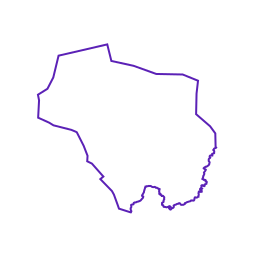 the district of Xairxan, Arhangay, Mongolia, rotated 161°
{"feature_id": "93677404B50954701545850", "entity_name": "Xairxan", "entity_type": "district", "adm_level": 2, "iso_a3": "MNG", "parent_name": "Mongolia", "parent_adm1": "Arhangay", "projection": "natural_earth1", "projection_center": [101.878, 48.564], "detail": "fine", "context": "isolated", "style": "outline", "palette": "violet", "viewbox_px": 256, "rotation_deg": 161, "n_neighbors": 0, "source": "geoboundaries", "source_scale": "gbopen_adm2", "svg_char_len": 5147}
<svg xmlns="http://www.w3.org/2000/svg" viewBox="0 0 256 256"><g transform="rotate(161 128 128)"><path d="M170.1,219.0L182.2,200.1L191.4,191.3L202.3,188.8L203.1,183.1L209.6,167.0L200.8,158.7L197.6,154.8L182.2,144.7L178.6,141.5L177.8,140.6L175.7,125.5L175.3,114.9L177.4,109.8L173.7,106.1L167.1,90.1L170.8,88.7L163.7,73.6L163.0,69.6L162.8,58.1L162.8,54.7L153.0,47.4L152.7,47.3L152.1,48.0L151.9,48.2L151.9,48.6L152.0,48.9L152.0,49.8L152.0,50.1L151.9,50.3L151.8,50.8L151.7,51.0L151.6,51.3L151.2,51.6L150.9,51.8L150.7,52.1L150.5,52.5L150.4,52.8L150.3,53.4L150.2,53.9L150.2,54.1L149.9,54.3L148.9,54.3L148.3,54.1L148.0,54.1L147.7,54.1L147.4,54.4L147.2,54.8L147.1,55.1L146.9,55.3L146.4,55.4L145.6,55.4L145.0,55.1L144.8,55.1L144.6,55.1L144.2,55.2L143.8,55.3L142.9,55.2L142.6,55.1L141.7,55.2L141.2,55.1L140.8,55.2L140.4,55.2L139.9,55.3L139.4,55.5L138.5,56.1L136.9,56.9L136.7,57.1L136.0,57.9L135.9,58.1L135.9,58.3L136.0,58.4L136.6,58.9L136.8,59.2L136.8,59.4L136.6,59.7L136.0,60.3L135.4,60.7L134.6,61.5L134.0,61.9L133.3,63.2L132.9,63.6L132.6,64.2L131.7,65.3L131.6,65.5L131.5,65.8L130.9,66.5L130.8,66.3L130.7,66.3L130.2,66.5L129.8,66.9L129.3,66.9L129.0,66.8L128.3,66.5L128.0,66.5L127.3,66.5L127.0,66.4L126.4,66.1L125.4,65.8L125.2,65.5L124.8,65.0L124.6,64.7L124.3,64.4L123.9,64.1L123.1,63.8L122.8,63.7L122.1,63.7L121.9,63.6L121.7,63.5L121.5,63.2L121.2,62.6L121.1,62.4L120.9,62.3L120.4,62.3L120.2,62.2L119.9,61.8L119.7,61.3L119.5,61.2L119.2,61.1L118.8,60.7L118.7,60.5L118.6,60.2L118.0,60.0L118.0,59.9L118.7,59.6L118.8,59.5L118.8,59.3L118.7,58.8L118.7,58.7L118.8,58.5L119.2,58.0L119.3,57.8L119.3,57.7L119.2,57.4L119.2,57.0L119.5,56.6L119.6,56.1L119.7,55.9L119.9,55.6L119.8,55.4L119.5,55.3L119.0,55.2L118.8,55.2L118.7,55.1L118.7,54.9L119.1,54.4L119.1,54.2L118.4,53.8L118.3,53.7L118.3,53.1L118.2,52.8L118.2,52.7L117.9,52.6L117.2,52.6L116.9,52.3L116.8,52.1L116.6,51.5L116.5,51.3L116.3,50.9L116.3,50.7L116.4,50.3L116.8,49.7L116.9,49.0L116.9,48.9L117.2,48.5L117.5,48.4L117.8,48.1L118.1,47.7L118.2,47.4L118.3,46.8L118.4,46.6L118.6,46.5L118.8,46.4L119.5,46.3L119.8,46.3L120.1,46.2L120.3,46.0L120.4,45.7L120.5,45.0L120.6,44.8L120.8,44.5L120.8,44.3L120.8,44.2L120.6,44.0L120.0,43.6L119.9,43.5L119.8,43.2L120.0,42.7L120.0,42.4L120.0,42.1L119.9,41.9L119.7,41.7L118.9,41.4L118.5,41.2L118.1,41.0L117.7,40.6L117.4,40.5L117.2,40.4L116.6,40.4L116.4,40.4L115.7,40.4L114.7,40.6L114.2,40.6L113.8,40.3L113.6,39.8L113.5,39.6L113.8,39.5L114.5,39.7L114.9,39.8L115.1,39.7L115.3,39.6L115.3,39.0L115.3,38.6L114.7,37.3L114.5,37.1L114.2,37.0L113.6,37.3L113.2,37.5L112.6,37.8L111.5,37.8L111.1,37.9L110.7,38.1L110.5,38.4L110.3,38.7L110.2,39.0L110.2,39.6L110.1,39.8L109.9,39.9L109.4,40.0L108.7,40.1L108.1,40.0L107.4,40.0L107.1,40.1L106.8,40.2L106.1,40.2L105.8,40.2L105.1,40.0L104.9,40.1L104.6,40.2L104.2,40.3L103.7,40.1L103.5,39.8L103.3,39.6L103.2,39.1L103.2,38.7L103.0,38.3L102.7,38.1L102.4,37.9L101.7,37.7L101.1,37.5L100.7,37.4L100.4,37.4L99.8,37.6L99.2,37.6L98.8,37.8L98.7,38.0L98.6,38.4L98.4,38.5L98.2,38.5L97.6,38.4L96.9,38.5L96.4,38.7L96.1,38.7L94.8,38.6L93.8,38.6L93.3,38.5L92.6,38.5L92.4,38.6L92.2,38.9L91.4,38.8L91.0,38.7L90.7,38.5L90.1,38.1L89.4,38.0L89.1,38.2L88.8,38.4L88.3,39.2L88.1,39.7L87.7,40.3L87.4,40.6L87.1,40.6L86.8,40.5L86.6,40.3L86.3,40.1L86.1,40.0L85.9,39.9L85.6,39.8L85.3,39.8L84.7,40.0L84.3,40.1L84.1,40.1L83.8,40.1L83.8,40.4L83.8,40.6L83.7,40.8L83.4,40.9L83.2,41.2L82.8,41.9L82.7,42.4L82.7,42.8L82.7,43.1L82.5,43.3L82.3,43.6L82.2,44.2L81.7,44.8L81.3,44.7L81.0,44.4L80.3,44.0L79.1,43.7L78.9,44.0L78.8,44.5L78.7,45.3L79.4,45.8L79.8,45.9L79.9,46.1L79.9,46.4L79.7,46.9L79.4,47.1L79.1,47.2L78.8,47.1L77.9,46.5L77.7,46.6L78.0,47.1L78.2,47.3L78.3,47.5L78.1,48.0L77.4,48.8L77.3,49.1L77.4,49.5L77.2,49.6L77.0,49.8L76.8,49.8L76.6,49.8L76.2,49.7L75.9,49.5L75.6,48.9L75.4,48.6L75.0,48.2L74.9,48.2L74.5,48.3L74.3,48.4L74.1,49.4L73.9,49.6L73.6,49.7L73.4,49.7L72.4,49.7L72.1,49.7L72.0,49.9L71.2,51.0L71.1,51.6L71.4,51.9L71.7,52.1L71.7,52.3L71.9,52.4L72.0,52.4L72.0,52.7L71.8,53.1L71.6,53.3L71.8,53.7L73.0,54.2L73.2,54.3L73.2,54.8L73.4,54.9L73.5,55.1L74.1,55.3L74.3,55.6L74.2,55.7L73.5,56.4L72.8,57.3L72.6,57.6L72.6,57.8L72.6,58.0L72.2,58.3L71.9,58.6L71.5,58.9L70.9,59.6L70.8,59.9L70.7,60.1L70.8,60.9L70.7,61.1L70.5,61.3L69.1,62.2L68.6,62.6L68.1,63.1L68.0,63.3L68.4,63.8L68.7,64.0L69.3,64.8L69.6,65.2L69.6,65.3L68.9,65.7L68.0,65.9L67.4,66.0L67.0,66.1L66.7,65.9L66.3,65.9L65.5,66.1L64.1,66.5L63.6,66.8L63.1,67.1L63.0,67.4L62.9,67.7L62.8,67.8L62.4,68.3L62.2,68.6L62.0,69.0L62.1,69.7L62.4,70.2L62.4,70.5L62.1,71.5L61.8,72.2L61.5,72.5L61.1,72.7L60.3,72.9L60.1,73.0L59.9,73.2L60.0,73.4L60.1,73.7L60.2,74.0L60.1,74.4L60.0,74.7L59.8,74.9L59.5,75.1L59.1,75.2L58.8,75.2L58.5,75.1L57.8,74.7L57.5,74.5L57.2,74.5L57.1,74.9L57.2,75.2L57.1,75.6L57.0,75.8L56.9,76.1L56.7,76.2L55.9,76.1L55.6,76.1L55.2,76.1L54.9,76.1L54.7,76.2L54.6,76.4L54.7,76.7L54.5,77.1L54.1,77.7L54.0,78.0L54.0,78.4L54.1,78.8L54.3,79.2L54.5,79.3L54.5,79.5L54.4,79.6L54.2,79.6L53.7,80.0L53.5,80.3L53.1,80.5L51.8,80.6L51.4,80.6L51.0,80.8L51.3,81.7L47.2,94.5L49.8,102.9L59.1,118.9L52.0,138.2L46.4,149.9L58.9,160.8L83.7,169.9L102.5,185.0L121.9,196.8L120.4,213.8L170.1,219.0Z" fill="none" stroke="#5b21b6" stroke-width="2"/></g></svg>